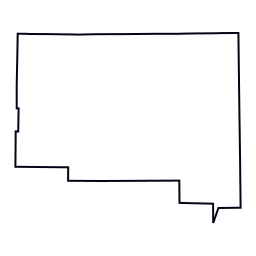 the district of Humboldt, Nevada, United States of America
{"feature_id": "52423323B95126953057941", "entity_name": "Humboldt", "entity_type": "district", "adm_level": 2, "iso_a3": "USA", "parent_name": "United States of America", "parent_adm1": "Nevada", "projection": "albers", "projection_center": [-118.177, 41.263], "detail": "fine", "context": "isolated", "style": "outline", "palette": "ink", "viewbox_px": 256, "rotation_deg": 0, "n_neighbors": 0, "source": "geoboundaries", "source_scale": "gbopen_adm2", "svg_char_len": 607}
<svg xmlns="http://www.w3.org/2000/svg" viewBox="0 0 256 256"><path d="M125.5,34.1L96.4,34.2L86.8,34.4L77.7,34.6L70.1,34.4L68.2,34.4L48.6,34.1L28.8,34.0L26.5,33.8L24.7,33.8L17.7,33.7L17.4,51.4L16.7,85.7L16.7,108.3L18.6,108.3L18.2,131.5L15.7,131.4L15.4,166.8L17.3,166.8L68.2,167.3L68.1,180.8L102.0,181.0L179.3,180.6L179.5,202.9L213.1,203.7L213.2,223.0L218.4,208.0L240.6,207.7L240.1,161.7L239.2,97.3L238.4,33.0L237.6,33.0L236.2,33.0L234.8,33.0L233.5,33.0L221.2,33.1L219.3,33.2L201.5,33.4L197.7,33.4L180.4,33.7L180.2,33.8L156.5,33.8L125.5,34.1L125.5,34.1Z" fill="none" stroke="#020617" stroke-width="2"/></svg>